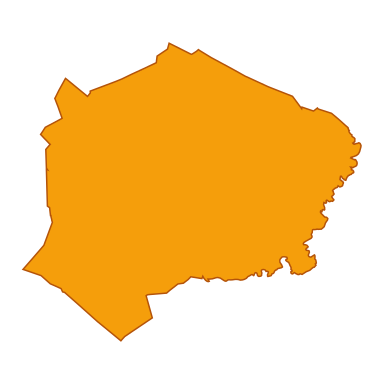 outline of Priekule, Priekules, Latvia
{"feature_id": "27541924B71923790852793", "entity_name": "Priekule", "entity_type": "district", "adm_level": 2, "iso_a3": "LVA", "parent_name": "Latvia", "parent_adm1": "Priekules", "projection": "orthographic", "projection_center": [21.612, 56.446], "detail": "fine", "context": "isolated", "style": "filled", "palette": "amber", "viewbox_px": 384, "rotation_deg": 0, "n_neighbors": 0, "source": "geoboundaries", "source_scale": "gbopen_adm2", "svg_char_len": 5972}
<svg xmlns="http://www.w3.org/2000/svg" viewBox="0 0 384 384"><path d="M64.6,292.4L73.6,300.3L78.8,304.9L97.5,321.6L104.1,327.0L120.9,340.8L123.0,338.4L124.3,337.0L124.6,336.6L131.5,331.9L150.5,319.1L152.3,317.9L146.1,295.7L147.4,294.8L148.7,294.6L150.8,294.4L159.5,293.7L166.6,293.1L169.7,290.4L177.9,284.0L178.4,283.9L179.8,283.7L183.4,283.2L188.2,279.5L190.8,276.8L196.5,277.7L201.3,278.5L201.9,278.6L202.8,276.3L203.7,278.0L205.6,280.3L207.2,281.4L208.4,281.6L209.2,281.3L208.0,279.1L209.4,279.1L212.5,278.8L216.0,277.7L217.8,277.5L220.3,278.1L222.9,279.8L224.6,280.9L225.9,281.2L226.8,280.8L227.6,280.1L228.8,279.8L229.2,279.8L230.4,279.9L232.4,279.8L235.1,279.4L236.7,279.4L238.3,279.5L240.3,280.1L242.5,279.9L244.5,279.3L246.4,278.3L248.0,276.5L249.6,275.8L251.5,274.6L252.4,274.6L253.3,275.4L253.7,275.6L253.9,275.4L254.2,274.6L254.7,273.4L255.2,272.8L255.5,272.7L255.9,272.7L256.6,273.0L257.0,273.5L257.2,274.0L257.3,274.8L257.5,275.4L257.9,275.9L258.7,276.4L259.2,276.4L260.9,276.1L261.4,275.6L261.7,275.1L261.6,274.4L261.7,273.8L261.9,273.0L261.7,272.5L261.4,271.6L261.3,270.9L261.5,270.2L261.9,269.9L262.5,269.6L263.7,269.5L264.7,269.8L265.4,270.2L265.8,270.8L266.0,271.4L267.0,271.3L267.6,271.4L268.3,271.8L268.3,272.2L268.1,273.4L267.5,274.6L267.5,275.0L267.6,276.2L267.9,276.5L268.7,276.3L271.0,275.7L271.4,275.2L271.8,274.0L273.1,273.5L273.9,272.8L274.6,271.1L275.6,270.1L276.1,269.9L276.6,269.9L277.1,269.3L277.7,268.6L280.3,268.0L281.2,267.8L282.4,267.1L282.4,266.8L282.4,266.5L281.9,265.6L281.7,264.9L279.9,262.3L279.8,261.0L279.8,260.0L280.1,259.3L280.7,258.5L282.1,257.0L282.8,256.8L284.8,256.8L286.7,257.2L287.1,257.7L287.2,258.1L287.3,258.7L287.1,259.1L286.7,259.2L286.2,259.3L285.8,259.9L285.8,260.3L286.2,260.8L287.4,261.7L288.4,262.2L289.0,263.0L289.6,264.4L289.9,265.2L290.8,267.0L291.1,267.7L291.1,268.4L291.0,268.8L290.9,269.2L291.1,269.6L291.8,270.1L292.0,270.5L292.1,270.9L291.8,271.4L291.2,271.5L290.9,271.7L290.9,272.1L290.9,272.9L291.4,273.5L291.9,273.8L292.5,273.9L293.0,273.7L293.6,273.1L294.2,272.7L294.5,272.6L295.0,273.0L295.5,273.5L296.4,273.7L297.3,274.4L298.9,274.6L300.1,273.8L302.1,274.4L306.3,271.7L309.8,270.3L313.0,267.5L314.3,267.2L316.0,265.2L315.3,263.9L316.3,263.1L316.3,262.8L315.8,260.0L314.8,258.9L315.0,256.7L314.8,255.3L314.4,254.9L310.9,257.1L309.6,256.9L308.7,256.3L308.3,255.1L308.9,253.5L309.4,252.2L309.1,250.9L307.9,250.5L306.4,250.3L305.8,249.3L306.5,248.2L307.7,247.6L308.1,246.7L307.0,245.3L305.7,244.8L304.5,244.7L303.6,244.6L303.3,243.7L303.9,242.5L306.0,241.1L311.1,238.3L312.0,237.1L312.0,236.1L311.3,234.8L311.5,233.7L312.2,232.7L312.3,231.3L312.6,229.8L313.4,229.5L314.5,229.6L316.3,229.4L317.0,229.1L317.9,229.3L318.9,229.3L320.1,229.2L321.3,229.2L322.9,227.9L324.2,226.7L325.5,222.9L327.5,220.0L327.8,218.5L326.6,217.3L324.7,217.0L320.9,213.1L320.4,212.1L320.6,211.1L321.8,211.8L322.2,210.9L322.1,210.1L322.7,209.6L323.2,209.5L324.1,210.1L324.7,209.6L324.6,207.3L324.2,206.5L323.7,205.0L323.6,204.7L323.9,202.5L324.2,202.6L325.1,203.1L325.9,203.1L326.3,202.9L326.5,202.6L326.4,202.1L326.2,201.3L326.2,200.8L326.3,200.4L326.5,200.2L326.9,200.2L327.4,200.4L328.1,201.1L328.6,201.3L329.0,201.5L329.7,201.7L330.0,201.6L330.8,201.1L331.5,201.1L332.6,201.3L333.3,200.6L333.8,200.1L333.8,199.5L333.0,198.8L331.7,196.8L332.2,195.9L332.7,195.7L334.1,194.0L333.9,193.6L333.6,193.3L333.4,192.8L333.5,192.4L333.3,192.1L333.3,191.7L333.0,191.3L332.6,190.9L332.6,190.5L333.0,190.2L333.3,189.7L333.7,189.5L333.8,189.2L334.1,189.0L334.5,188.9L334.7,188.6L335.1,188.4L335.3,188.0L336.6,187.7L337.2,187.4L338.1,185.8L339.3,186.7L339.8,186.9L340.6,186.8L342.1,186.1L342.3,185.8L342.6,185.6L342.9,184.2L343.2,183.7L343.4,182.8L343.1,182.5L343.2,182.2L342.9,181.8L341.9,181.1L341.5,180.5L341.1,180.5L340.8,180.1L340.3,179.9L339.9,179.2L340.2,178.3L340.2,177.7L340.5,176.3L341.2,176.2L341.4,176.6L341.9,177.0L342.0,177.4L342.6,178.4L343.3,178.8L343.7,178.8L344.1,179.8L344.4,179.8L345.6,180.3L345.8,180.3L346.0,180.0L346.1,179.4L347.0,177.3L347.2,177.0L347.8,176.5L348.3,175.5L349.2,175.3L349.6,175.1L349.8,174.8L350.2,174.6L351.2,174.4L351.5,174.0L352.7,173.0L353.2,172.9L353.4,172.9L353.7,172.5L353.7,172.0L353.6,171.2L353.2,170.8L353.0,170.4L352.5,170.0L351.9,170.0L351.4,169.8L351.4,169.3L351.6,168.8L351.4,168.4L351.3,168.1L350.6,167.1L351.7,167.2L352.8,167.7L353.6,167.2L355.9,166.1L356.6,165.5L357.1,163.9L357.1,163.4L357.0,162.1L355.6,159.7L354.9,159.5L354.6,159.8L352.8,159.0L351.0,158.1L351.7,157.7L351.3,157.3L353.9,156.5L356.7,155.4L356.9,155.1L358.5,153.8L358.9,152.9L359.6,151.7L360.9,146.9L361.0,145.4L360.1,143.5L359.4,143.0L358.7,142.8L358.3,143.1L357.8,143.2L357.2,143.5L356.5,143.5L355.9,143.7L354.6,144.2L354.3,144.0L353.9,144.1L353.7,143.9L353.3,143.8L352.8,143.1L353.4,142.9L353.9,142.9L354.3,141.5L354.8,141.5L354.8,141.3L354.8,140.7L354.9,138.7L354.1,137.8L352.3,136.6L352.0,136.4L351.8,134.7L351.4,134.6L350.4,133.8L349.2,132.1L348.8,130.4L349.1,130.3L348.5,129.6L348.4,128.9L347.9,127.8L348.0,127.6L345.2,125.2L338.2,118.9L331.5,113.3L318.5,109.1L318.2,109.0L317.4,108.0L313.6,111.0L313.4,111.0L302.8,107.4L302.0,107.1L301.7,108.7L292.5,96.3L272.9,88.6L268.1,86.7L246.9,76.9L245.6,76.4L232.9,69.3L211.8,57.9L211.4,57.7L199.6,50.5L199.4,50.3L198.4,49.6L196.5,51.3L192.9,53.6L191.6,54.3L190.8,54.1L172.7,45.0L169.1,43.2L167.5,49.1L157.1,56.1L156.8,58.6L156.7,59.2L156.3,62.7L143.2,68.9L131.7,74.2L121.8,79.0L115.4,81.6L90.2,91.1L90.2,91.5L90.3,93.0L87.5,96.4L73.5,84.9L66.7,79.3L65.5,78.4L58.8,90.5L55.2,97.8L54.8,98.3L56.8,103.6L58.0,106.6L59.0,109.5L60.8,114.6L62.1,118.3L61.6,118.6L45.3,127.3L41.9,132.6L40.6,134.4L44.6,138.7L45.0,139.1L45.9,140.0L46.3,140.4L49.5,143.8L50.2,144.3L45.8,149.4L46.4,168.1L46.8,168.7L47.4,169.6L46.4,169.1L46.4,169.7L47.4,206.1L49.6,207.7L50.5,215.6L50.9,215.6L51.1,217.2L51.6,219.1L51.9,220.8L52.4,222.3L43.9,245.3L39.0,251.0L32.6,258.4L23.0,269.4L41.1,275.6L50.3,283.8L61.1,288.6L62.6,291.9L64.6,292.4Z" fill="#f59e0b" stroke="#b45309" stroke-width="1.5"/></svg>